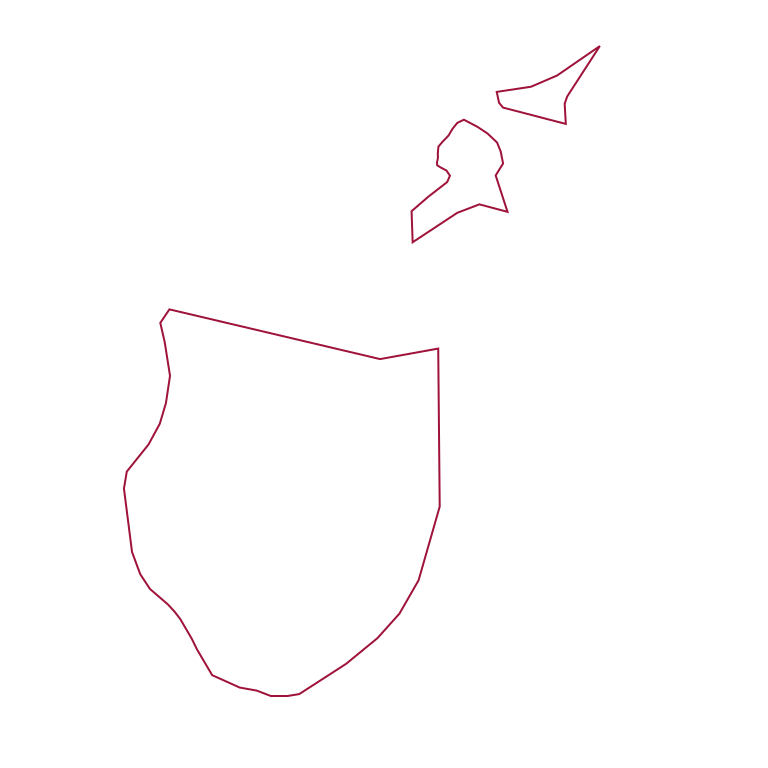 an SVG outline of Appenzell Innerrhoden, rotated 348°
{"feature_id": "CHE-3473", "entity_name": "Appenzell Innerrhoden", "entity_type": "Canton", "adm_level": 1, "iso_a3": "CHE", "parent_name": "Switzerland", "parent_adm1": "", "projection": "orthographic", "projection_center": [9.457, 47.345], "detail": "fine", "context": "isolated", "style": "outline", "palette": "rose", "viewbox_px": 768, "rotation_deg": 348, "n_neighbors": 0, "source": "natural_earth", "source_scale": "10m", "svg_char_len": 982}
<svg xmlns="http://www.w3.org/2000/svg" viewBox="0 0 768 768"><g transform="rotate(348 384 384)"><path d="M444.4,360.6L413.0,515.5L377.0,583.2L351.4,611.8L324.8,631.2L288.8,649.8L236.6,669.7L224.8,669.1L208.5,665.7L195.7,657.4L179.7,650.9L155.4,633.1L145.9,604.7L143.0,593.2L135.9,571.7L131.9,563.3L126.8,554.7L112.5,535.9L106.0,519.3L102.6,495.9L107.9,432.2L114.2,416.2L141.1,394.2L156.4,376.3L166.7,357.4L176.4,331.5L178.2,297.7L177.9,277.7L189.6,266.4L385.3,358.8L444.4,360.6ZM540.6,241.3L514.6,228.1L491.2,231.8L441.5,251.3L446.9,220.7L466.1,210.1L487.8,199.6L491.8,194.0L489.5,188.2L484.1,183.7L481.5,181.0L481.8,178.5L483.8,174.0L484.6,169.4L486.6,163.1L491.5,159.3L498.9,154.3L504.0,148.7L510.0,143.8L517.1,142.1L528.8,151.8L537.4,160.6L544.8,171.3L546.5,180.9L546.3,193.1L536.6,203.2L540.6,241.3ZM665.4,98.3L623.0,140.8L619.0,147.4L615.9,167.4L557.9,138.4L555.0,132.8L555.0,121.7L589.6,123.8L617.5,118.2L665.4,98.3Z" fill="none" stroke="#9f1239" stroke-width="2"/></g></svg>